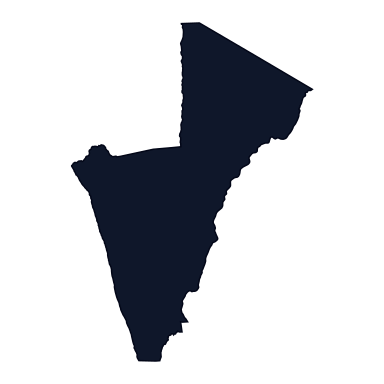 outline of Barra, Bahia, Brazil
{"feature_id": "56859067B70822366872061", "entity_name": "Barra", "entity_type": "district", "adm_level": 2, "iso_a3": "BRA", "parent_name": "Brazil", "parent_adm1": "Bahia", "projection": "natural_earth1", "projection_center": [-43.395, -11.084], "detail": "fine", "context": "isolated", "style": "filled", "palette": "ink", "viewbox_px": 384, "rotation_deg": 0, "n_neighbors": 0, "source": "geoboundaries", "source_scale": "gbopen_adm2", "svg_char_len": 5980}
<svg xmlns="http://www.w3.org/2000/svg" viewBox="0 0 384 384"><path d="M312.3,89.3L255.4,55.8L199.4,23.0L181.4,23.6L181.5,24.2L182.1,24.3L182.6,24.8L182.7,25.6L182.5,27.6L183.1,28.7L183.3,29.6L183.5,32.0L183.2,37.1L182.1,40.3L180.9,42.8L180.7,43.4L180.8,44.2L181.4,46.4L181.8,50.9L181.0,52.1L181.0,52.8L181.4,54.5L182.6,56.3L182.5,58.9L182.2,59.6L181.5,60.5L181.4,61.4L182.7,64.8L182.4,66.5L182.9,67.9L182.7,69.3L182.7,71.2L182.4,72.3L182.4,74.7L182.6,75.9L183.1,76.5L183.2,77.9L183.1,78.7L182.6,79.6L182.1,81.2L182.3,81.8L182.6,82.3L182.6,83.0L182.0,84.7L182.2,85.7L182.6,86.4L182.4,88.2L182.6,89.0L182.5,89.8L182.1,90.7L182.0,92.1L182.3,92.8L183.3,93.7L183.5,96.8L183.7,98.1L183.0,100.5L183.1,102.2L182.9,102.9L182.0,104.7L181.8,105.6L182.5,107.0L182.8,108.7L182.8,109.3L182.7,110.1L182.1,110.9L182.2,113.1L182.3,113.9L181.8,116.5L182.1,118.1L182.5,118.6L182.7,119.5L182.1,121.8L181.6,122.4L181.0,124.5L181.0,125.3L181.3,127.4L181.2,128.1L181.4,129.0L181.3,129.7L180.7,132.2L179.9,133.7L179.6,135.5L179.7,136.3L180.3,137.0L180.7,137.8L180.6,138.8L180.7,140.1L180.4,140.8L180.3,142.6L180.7,143.4L180.8,145.2L180.8,146.8L171.7,147.7L153.2,149.3L120.3,156.4L117.0,156.9L116.0,156.2L112.9,156.7L111.6,156.2L111.2,155.7L110.6,155.5L110.0,155.0L109.0,153.6L108.1,151.2L107.1,150.6L105.7,148.9L105.4,147.3L104.8,146.9L104.3,146.1L103.7,145.6L103.2,145.3L101.3,144.9L100.8,145.1L100.5,145.8L100.0,145.9L98.9,145.6L98.4,146.3L97.7,146.9L96.9,146.7L96.2,146.4L94.7,146.3L94.1,146.7L93.5,146.7L93.0,146.4L91.9,147.0L91.6,147.5L91.2,148.7L90.8,149.5L90.0,149.8L89.4,150.3L89.1,151.2L89.5,153.1L89.2,154.6L88.9,155.2L88.2,155.9L86.8,156.2L86.1,156.6L85.5,158.1L83.2,160.9L82.2,161.5L81.2,160.8L80.5,161.0L79.1,161.0L78.4,161.3L77.7,161.9L77.0,162.7L74.9,162.4L73.3,163.4L72.8,164.6L71.7,165.6L71.7,166.2L73.9,169.9L74.3,171.3L75.2,172.5L75.4,173.2L75.8,173.9L76.0,174.8L76.6,175.0L78.2,176.9L79.6,180.2L81.3,182.7L81.9,183.9L83.1,185.4L84.3,186.6L84.9,187.6L86.8,189.5L87.2,190.3L88.3,191.0L88.7,191.5L89.5,193.2L89.4,194.2L89.6,195.0L90.6,196.0L90.8,196.7L90.9,198.3L91.8,200.1L91.5,201.9L92.1,204.4L92.5,205.4L92.6,206.5L92.9,207.6L93.9,209.5L94.2,210.9L94.9,212.9L95.5,215.9L95.9,216.6L96.8,219.1L96.9,220.9L97.5,221.8L98.2,223.4L98.4,224.4L98.3,225.3L98.8,226.2L99.2,228.5L99.8,230.2L99.7,231.0L100.0,231.8L101.2,234.0L101.2,234.7L101.5,235.5L102.1,236.4L102.5,238.3L104.2,241.0L104.4,242.0L104.5,243.1L105.1,244.1L105.3,245.0L105.9,247.0L106.0,247.7L106.6,248.8L106.5,249.6L107.7,253.1L107.7,255.2L108.1,257.8L108.6,259.2L108.6,260.3L109.0,261.4L109.5,264.2L110.2,265.3L110.9,266.8L111.5,269.3L111.6,271.6L112.0,275.0L112.2,276.1L112.9,278.2L113.8,282.3L114.6,285.2L114.4,287.0L114.6,288.2L115.4,292.2L116.7,296.9L117.5,299.2L119.1,302.7L119.8,306.1L120.6,308.2L120.9,309.9L123.2,315.0L124.0,316.2L126.4,320.7L126.7,322.9L127.9,325.8L129.1,328.0L130.4,331.6L130.7,332.8L131.1,333.5L131.5,335.0L131.6,335.9L133.0,342.0L133.7,344.3L134.2,345.2L134.4,345.9L134.4,346.9L134.1,347.9L134.9,349.2L135.2,350.3L136.7,352.9L136.9,353.9L137.2,354.4L137.3,355.2L137.0,356.0L137.1,356.9L137.3,357.8L138.3,359.6L138.9,360.6L155.8,361.0L159.8,360.7L159.9,360.1L160.1,359.5L161.1,356.9L160.8,352.5L161.1,351.6L161.4,349.9L161.9,348.8L162.4,346.8L162.9,346.3L163.2,345.4L163.6,344.9L164.3,344.2L165.1,344.3L165.5,343.9L166.6,341.4L168.1,340.1L168.2,339.3L167.9,338.6L168.0,337.8L168.3,337.2L168.2,336.5L168.6,336.0L169.2,335.4L170.5,335.1L171.0,334.7L171.3,333.8L172.0,333.7L172.7,333.8L173.6,334.9L173.9,334.3L174.5,334.0L175.5,333.9L176.3,332.4L177.0,332.0L177.2,331.4L177.7,331.1L178.0,331.7L178.8,331.6L179.6,332.0L181.3,331.9L182.0,331.9L180.6,321.8L182.3,322.1L187.6,321.8L186.0,319.2L185.3,318.3L184.7,317.9L184.4,317.4L183.0,314.4L181.8,312.7L181.2,309.9L181.2,309.1L181.9,307.0L182.7,304.0L182.7,303.3L182.1,301.1L182.4,300.4L185.0,296.2L185.2,295.6L185.3,295.0L185.5,294.5L187.2,292.2L188.7,291.0L190.1,290.7L190.8,290.9L191.4,291.5L192.1,291.6L192.9,291.3L195.0,291.2L196.4,290.6L197.0,290.1L197.4,289.6L198.4,288.0L198.7,287.1L198.5,286.6L198.2,284.9L199.1,281.1L199.2,280.1L199.5,278.9L200.4,276.9L200.5,275.8L201.8,273.4L202.1,272.4L201.9,270.7L202.7,269.4L204.8,264.0L205.2,262.6L205.6,261.1L205.5,258.8L206.1,256.5L207.9,252.6L209.3,248.8L210.3,246.9L211.7,245.0L212.5,242.9L213.2,242.5L215.2,241.6L216.9,240.2L217.6,239.2L217.7,238.6L217.5,237.7L216.0,234.4L215.3,232.4L214.7,231.4L214.6,230.7L214.8,229.7L215.1,228.8L215.3,228.2L215.2,227.5L214.7,225.8L213.5,223.6L213.2,222.7L213.2,221.4L213.7,219.7L215.4,216.3L216.0,214.1L216.6,212.6L217.9,211.1L221.7,207.9L222.5,206.3L222.7,205.3L222.7,202.6L223.1,201.6L224.7,199.5L224.7,198.8L224.4,197.3L224.4,196.4L224.6,195.6L226.4,194.0L226.5,193.3L226.3,192.4L226.2,191.4L226.6,190.4L229.1,187.9L230.1,186.6L230.4,186.0L230.5,185.2L230.4,181.8L230.6,181.0L231.0,180.3L231.6,179.7L234.1,177.9L235.2,177.5L237.3,177.1L238.4,176.3L239.4,174.5L239.8,172.9L240.1,170.5L240.6,169.1L240.9,168.6L243.3,166.8L247.6,164.6L248.4,164.0L249.0,163.3L249.5,162.6L249.7,161.2L249.0,158.7L249.0,158.1L249.0,157.4L249.4,156.7L252.0,153.5L253.1,152.9L255.7,152.5L256.3,152.1L256.8,151.7L257.2,151.1L257.3,149.1L257.7,147.5L258.1,147.1L259.3,146.5L259.9,146.0L260.8,144.8L261.5,144.4L264.7,143.2L265.5,143.0L267.6,143.0L268.4,142.8L268.8,142.4L269.1,141.8L269.8,139.2L270.3,137.9L270.9,137.3L271.4,137.0L272.0,136.9L272.6,137.1L274.0,138.3L275.2,138.9L275.8,138.7L276.9,138.0L277.6,137.9L278.4,137.9L280.8,139.0L283.2,139.2L284.0,139.0L284.8,138.8L286.2,138.0L286.8,137.3L288.4,134.7L290.3,132.6L291.7,130.4L292.8,128.2L293.2,126.9L293.9,125.7L295.4,123.9L297.4,119.9L298.5,117.0L298.8,116.0L298.9,113.9L299.8,111.3L299.9,110.6L299.7,110.0L299.0,109.5L299.0,108.8L299.8,107.1L300.3,105.4L301.1,104.0L301.5,103.0L302.2,100.1L303.0,97.7L303.4,97.1L305.1,96.1L305.4,95.6L305.5,94.8L305.2,93.6L305.4,92.8L305.9,92.5L307.0,92.3L307.4,91.9L307.7,91.2L308.0,90.7L308.4,90.4L310.2,90.5L310.8,90.4L312.3,89.3Z" fill="#0f172a" stroke="#020617" stroke-width="1.5"/></svg>